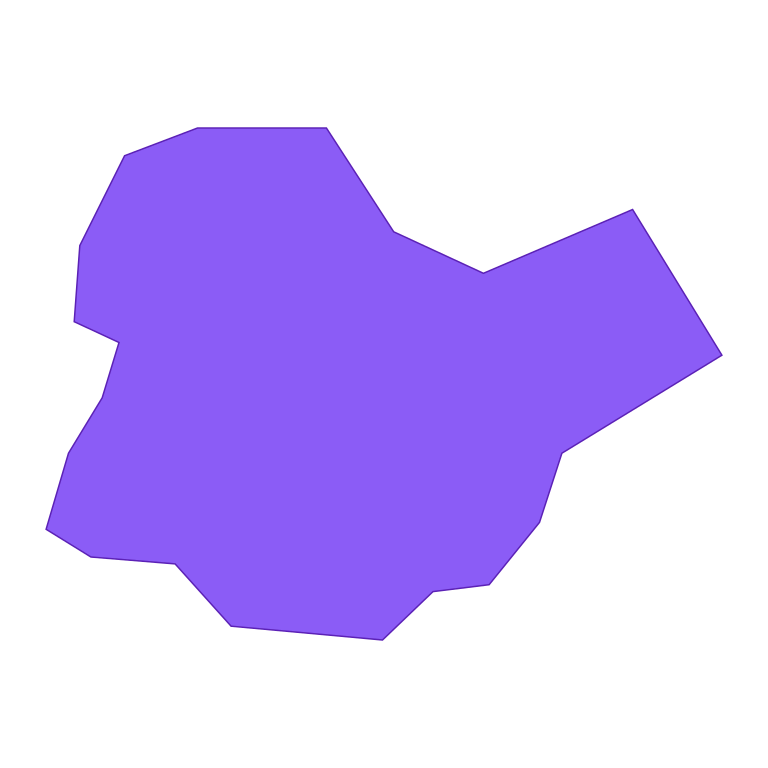 outline of Żabbar
{"feature_id": "MLT-5956", "entity_name": "Żabbar", "entity_type": "state/province", "adm_level": 1, "iso_a3": "MLT", "parent_name": "Malta", "parent_adm1": "", "projection": "albers", "projection_center": [14.539, 35.872], "detail": "fine", "context": "isolated", "style": "filled", "palette": "violet", "viewbox_px": 768, "rotation_deg": 0, "n_neighbors": 0, "source": "natural_earth", "source_scale": "10m", "svg_char_len": 391}
<svg xmlns="http://www.w3.org/2000/svg" viewBox="0 0 768 768"><path d="M632.6,209.5L721.9,355.2L561.9,453.2L539.5,522.4L489.1,584.7L433.0,591.6L382.5,640.0L231.1,626.2L175.1,563.9L90.9,557.0L46.1,529.3L68.5,453.2L102.2,397.8L119.0,342.5L74.2,321.7L79.8,245.6L124.6,155.7L197.5,128.0L326.4,128.0L393.7,231.8L483.4,273.3L632.6,209.5Z" fill="#8b5cf6" stroke="#5b21b6" stroke-width="1.5"/></svg>